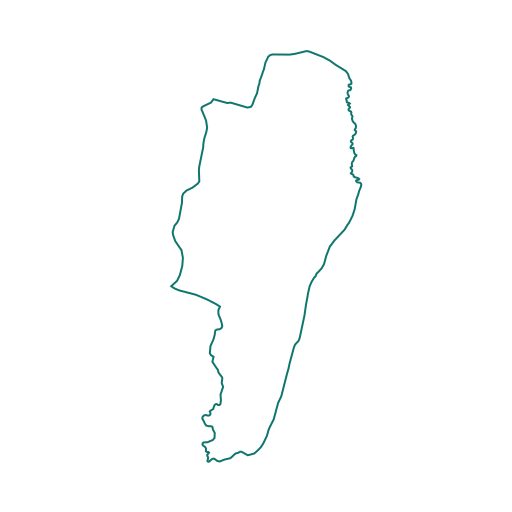 Sacapulas, Quiché, Guatemala, rotated 283°
{"feature_id": "79465075B69929365391108", "entity_name": "Sacapulas", "entity_type": "district", "adm_level": 2, "iso_a3": "GTM", "parent_name": "Guatemala", "parent_adm1": "Quiché", "projection": "natural_earth1", "projection_center": [-91.122, 15.267], "detail": "fine", "context": "isolated", "style": "outline", "palette": "teal", "viewbox_px": 512, "rotation_deg": 283, "n_neighbors": 0, "source": "geoboundaries", "source_scale": "gbopen_adm2", "svg_char_len": 4757}
<svg xmlns="http://www.w3.org/2000/svg" viewBox="0 0 512 512"><g transform="rotate(283 256 256)"><path d="M94.3,245.9L92.8,246.9L91.2,247.1L90.3,246.5L89.7,245.4L89.7,242.6L89.1,241.5L88.3,240.7L86.9,240.1L85.4,240.3L83.4,242.2L81.1,243.9L79.6,245.7L79.5,248.5L79.8,249.4L80.0,250.8L79.9,251.6L79.5,252.1L77.3,253.0L74.3,255.6L69.4,256.5L67.0,255.3L63.6,250.6L63.1,248.8L62.8,247.7L62.6,246.9L61.7,246.2L60.7,246.1L59.7,246.7L59.2,247.5L58.8,248.6L58.6,249.2L57.8,250.1L56.9,250.7L55.6,250.9L54.5,251.1L54.1,251.9L54.1,253.0L54.3,253.8L53.9,254.4L52.7,254.0L52.3,253.6L51.2,253.2L50.5,253.4L50.0,253.8L49.3,254.4L48.8,254.7L47.6,254.8L46.8,254.8L45.9,254.8L45.1,254.9L44.8,255.8L45.2,256.7L45.8,257.1L46.5,257.5L47.2,258.0L47.7,258.4L48.2,258.9L48.7,259.5L49.1,260.5L48.9,261.5L47.6,264.3L47.6,266.8L50.7,271.3L52.8,275.7L53.2,276.4L53.8,276.9L54.6,277.5L56.7,278.9L58.1,279.8L59.1,280.8L59.7,281.8L60.2,282.9L61.6,284.4L61.9,285.2L62.0,286.0L61.8,286.8L60.0,292.8L63.1,298.7L66.5,301.1L70.7,303.7L75.2,305.3L83.3,307.1L89.7,307.4L93.6,308.2L100.8,310.0L117.8,310.6L125.1,312.2L147.8,312.7L153.5,313.0L159.0,312.9L175.2,313.5L178.5,314.0L180.2,315.0L181.4,315.7L182.7,316.5L185.7,317.0L209.0,316.6L219.4,315.7L228.5,315.3L230.9,315.1L238.8,315.1L243.7,316.1L248.5,317.7L249.5,318.6L252.5,319.0L254.6,320.4L258.9,322.8L263.4,324.1L271.8,324.4L281.6,325.8L288.7,328.9L301.6,336.4L306.9,338.1L309.1,339.1L316.8,341.0L323.8,341.6L334.0,341.1L338.4,341.7L342.8,341.9L346.9,342.6L347.8,342.6L348.6,342.6L349.5,342.5L350.0,342.1L350.5,341.6L350.8,341.0L350.7,339.8L350.6,338.0L351.0,337.3L351.4,336.8L352.0,336.6L352.7,337.3L353.1,338.2L353.4,338.9L354.2,339.2L354.7,338.4L354.9,337.3L355.0,336.3L355.0,335.3L354.9,334.5L355.4,333.4L356.0,333.0L356.6,332.9L357.2,332.1L357.4,331.4L357.5,330.7L357.8,329.9L358.5,330.1L359.4,330.6L360.3,330.7L361.2,330.5L361.9,329.9L362.5,328.9L363.3,328.3L364.1,328.6L364.9,329.5L365.6,329.4L366.4,328.9L367.4,328.6L368.2,328.5L369.3,328.7L369.9,329.0L370.4,329.3L371.2,329.6L372.0,329.6L373.0,329.7L374.1,329.8L374.9,330.1L375.4,330.7L376.0,331.1L376.9,331.1L377.2,330.1L377.6,329.3L378.8,328.5L381.3,327.3L381.8,327.2L382.5,327.1L383.3,326.6L382.9,325.8L382.5,324.9L382.4,324.1L383.1,323.7L383.9,323.8L385.2,324.1L385.8,324.5L386.3,324.9L387.4,324.8L388.0,324.1L388.4,323.1L389.1,322.6L389.8,322.7L390.5,323.2L391.1,323.9L391.7,324.1L392.4,324.0L393.2,323.8L394.0,323.3L394.9,323.4L395.4,323.9L396.0,324.5L396.7,325.1L397.4,325.4L398.3,325.6L399.3,325.6L400.0,325.5L400.5,324.7L401.0,323.8L401.8,323.9L402.9,324.4L403.7,324.4L404.8,324.2L405.5,324.0L406.5,323.4L407.1,322.9L407.5,322.4L407.8,321.7L408.7,320.3L409.2,319.9L409.8,319.5L410.7,318.9L411.4,318.6L412.0,318.6L412.7,318.6L413.4,318.7L414.1,318.4L414.5,317.8L415.7,316.7L416.3,316.7L417.1,316.7L418.0,316.2L418.3,315.4L418.4,314.6L418.6,313.9L419.2,313.3L419.8,313.2L420.5,313.3L421.3,313.9L422.1,314.2L422.8,313.5L423.3,312.3L423.8,311.6L424.4,311.9L425.0,312.6L425.6,313.1L426.1,312.2L426.2,310.8L426.2,310.0L427.1,309.6L428.2,309.3L428.8,308.7L429.7,308.4L430.3,309.1L430.9,310.0L431.3,310.4L431.9,310.7L432.7,310.6L433.3,310.1L434.0,309.3L434.7,308.8L435.6,308.5L436.2,308.4L437.1,308.5L437.8,308.7L438.3,309.3L438.8,310.5L439.7,310.9L440.9,311.0L441.7,310.5L441.8,308.8L442.4,308.0L443.4,307.8L444.1,308.3L444.4,309.0L445.2,310.1L446.2,310.1L448.1,309.2L450.3,306.9L453.9,304.8L456.3,302.1L460.2,290.6L462.9,284.3L465.0,276.8L467.2,261.7L467.1,259.3L461.6,248.2L459.8,243.5L456.1,226.8L455.0,224.7L453.0,223.1L446.6,221.7L439.4,221.7L437.2,221.3L433.9,221.1L427.7,220.2L425.0,220.5L422.1,220.2L414.7,220.4L409.6,219.3L402.8,218.5L400.3,217.6L398.7,214.4L399.5,200.8L399.7,196.7L398.6,193.6L399.2,179.3L395.3,177.6L389.9,170.8L388.4,169.6L386.3,170.0L384.4,171.5L379.3,175.1L376.5,177.0L370.0,179.5L365.6,179.7L359.5,179.2L355.8,179.3L352.6,179.6L350.2,180.1L330.1,180.6L326.6,181.1L315.8,184.0L313.3,182.9L308.3,178.7L304.1,173.5L300.3,171.0L297.2,170.7L291.2,171.9L274.9,172.6L270.9,171.7L267.3,169.8L260.6,169.4L257.6,170.6L252.3,174.0L244.9,182.1L237.7,185.2L229.7,186.4L220.2,186.1L214.1,184.7L209.1,181.3L207.5,180.2L206.6,182.4L205.9,184.7L205.2,189.0L204.7,206.2L202.6,218.3L200.2,227.7L198.6,232.3L194.8,231.5L190.8,232.5L185.8,236.0L182.8,237.7L180.1,238.9L178.5,238.8L176.5,237.2L175.7,234.8L175.2,234.0L174.5,233.3L173.6,233.1L169.8,233.5L165.1,233.3L157.9,231.9L150.8,232.9L149.2,234.5L148.3,237.3L143.1,237.3L139.5,241.1L137.8,242.9L136.6,244.4L134.1,245.6L130.3,250.1L129.2,250.7L124.4,251.2L121.1,253.4L113.0,252.6L107.4,254.3L104.1,254.6L103.5,254.6L103.0,254.2L102.4,253.6L102.3,252.5L102.9,251.0L102.6,250.2L102.2,249.7L101.5,249.2L100.5,249.0L97.2,248.7L96.5,248.0L95.9,247.3L94.3,245.9Z" fill="none" stroke="#0f766e" stroke-width="2"/></g></svg>